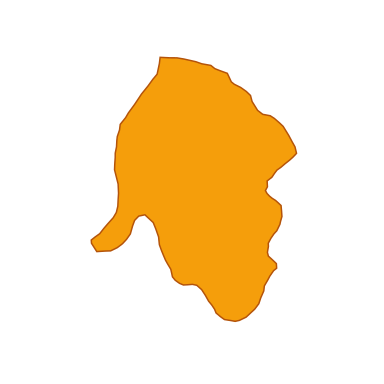 outline of Sharur District, Şərur, Azerbaijan, rotated 158°
{"feature_id": "54616110B53436270368491", "entity_name": "Sharur District", "entity_type": "district", "adm_level": 2, "iso_a3": "AZE", "parent_name": "Azerbaijan", "parent_adm1": "Şərur", "projection": "natural_earth1", "projection_center": [45.071, 39.583], "detail": "fine", "context": "isolated", "style": "filled", "palette": "amber", "viewbox_px": 384, "rotation_deg": 158, "n_neighbors": 0, "source": "geoboundaries", "source_scale": "gbopen_adm2", "svg_char_len": 1801}
<svg xmlns="http://www.w3.org/2000/svg" viewBox="0 0 384 384"><g transform="rotate(158 192 192)"><path d="M303.4,185.2L304.4,182.1L302.6,172.4L295.0,169.9L289.5,167.9L282.1,168.4L275.8,170.1L270.5,172.6L264.9,176.2L259.7,182.9L255.8,187.2L250.4,189.6L244.2,188.5L239.4,178.2L239.4,171.4L239.8,162.9L242.0,155.3L242.2,149.3L242.2,144.2L242.1,138.7L241.6,134.8L240.6,128.3L241.9,120.6L240.6,116.4L237.8,112.0L234.8,109.0L230.7,107.6L226.2,106.2L222.5,103.7L219.6,97.8L218.3,91.0L217.5,84.6L216.0,79.8L215.0,74.9L215.0,70.8L212.3,65.7L209.7,61.6L204.2,58.3L200.4,55.9L196.2,55.2L188.7,55.7L182.7,58.0L177.7,59.9L171.9,63.4L167.9,68.1L162.5,73.4L160.1,77.8L154.5,82.2L151.3,84.9L145.8,88.5L142.1,89.6L141.9,90.1L140.6,94.0L142.7,98.7L145.2,103.9L144.7,107.8L141.5,113.0L140.5,115.9L136.2,119.5L131.7,122.5L127.9,124.3L122.6,129.1L120.9,131.6L117.8,135.6L116.0,141.1L114.5,146.1L116.1,149.6L117.7,152.9L120.0,156.1L121.7,159.2L123.0,162.5L123.4,165.8L120.1,168.6L118.2,174.1L112.3,175.8L108.5,178.4L105.0,180.5L100.0,181.7L95.6,183.2L89.2,185.1L85.1,186.6L81.2,188.4L80.6,188.7L79.6,195.3L80.4,201.4L81.1,208.1L82.9,218.7L84.9,223.1L88.1,229.4L90.9,233.4L97.3,237.5L100.6,243.1L102.4,253.4L101.6,259.6L104.0,264.9L107.7,270.7L112.4,276.0L114.3,279.4L114.8,288.8L120.7,294.1L124.6,297.8L127.1,302.3L134.9,307.2L139.7,311.4L144.3,314.6L149.8,318.4L155.7,322.0L162.7,324.9L171.1,328.8L174.2,323.2L180.2,314.3L186.0,311.2L193.2,306.7L202.2,301.7L207.4,298.1L212.7,294.5L221.3,289.2L225.7,285.8L233.2,281.6L236.0,276.6L240.5,271.4L242.4,267.9L245.1,262.1L248.6,256.8L250.3,252.7L253.4,246.3L255.5,241.6L256.6,233.7L257.5,227.1L260.6,218.3L263.2,212.9L266.1,206.6L269.8,201.4L274.6,197.7L282.1,194.0L287.3,191.3L293.2,187.9L298.3,186.7L303.4,185.2Z" fill="#f59e0b" stroke="#b45309" stroke-width="1.5"/></g></svg>